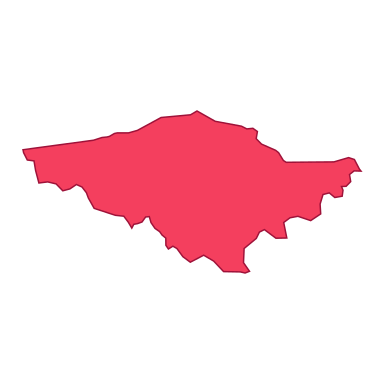 Silistra, Natural Earth projection
{"feature_id": "BGR-2261", "entity_name": "Silistra", "entity_type": "Province", "adm_level": 1, "iso_a3": "BGR", "parent_name": "Bulgaria", "parent_adm1": "", "projection": "natural_earth1", "projection_center": [27.051, 43.921], "detail": "fine", "context": "isolated", "style": "filled", "palette": "rose", "viewbox_px": 384, "rotation_deg": 0, "n_neighbors": 0, "source": "natural_earth", "source_scale": "10m", "svg_char_len": 1255}
<svg xmlns="http://www.w3.org/2000/svg" viewBox="0 0 384 384"><path d="M197.0,111.0L215.2,121.3L241.5,126.2L246.8,128.9L252.9,128.3L253.3,128.6L257.4,131.5L256.2,138.7L261.5,144.1L275.6,150.3L278.6,152.7L283.4,160.5L286.2,162.3L333.9,161.9L348.6,157.6L354.4,159.5L359.4,169.1L361.0,171.1L360.9,171.1L354.1,170.9L349.5,174.5L350.7,181.6L346.1,186.3L341.5,186.5L343.0,190.2L342.2,196.2L334.8,197.5L329.3,192.9L323.0,194.5L320.1,204.1L320.7,213.9L310.7,220.6L297.9,216.3L290.0,217.8L283.7,222.5L286.8,238.0L275.9,238.2L264.4,229.6L259.4,232.1L256.3,238.4L244.1,248.5L243.5,262.7L249.5,271.3L245.1,273.0L240.3,271.9L223.6,271.6L213.7,261.1L203.7,255.2L190.3,262.2L182.9,256.7L176.9,248.5L172.9,246.2L168.4,249.0L165.9,245.3L165.8,238.1L162.1,235.1L159.6,231.6L155.0,228.4L151.0,222.6L149.3,216.6L145.6,217.0L142.0,222.0L137.6,223.6L133.8,224.3L131.8,228.1L128.3,222.2L123.8,216.2L115.4,215.3L94.2,208.4L88.4,198.1L86.4,192.7L82.0,187.0L76.4,184.5L69.9,188.9L62.8,190.8L56.1,183.9L47.7,181.9L38.9,183.0L35.6,170.5L34.0,160.9L27.3,160.0L23.6,152.7L23.0,149.7L43.9,146.9L93.6,140.2L102.0,137.5L107.0,137.0L109.4,136.4L114.4,133.5L117.2,132.9L128.5,132.9L137.4,130.4L161.1,117.5L190.5,114.8L197.0,111.0Z" fill="#f43f5e" stroke="#9f1239" stroke-width="1.5"/></svg>